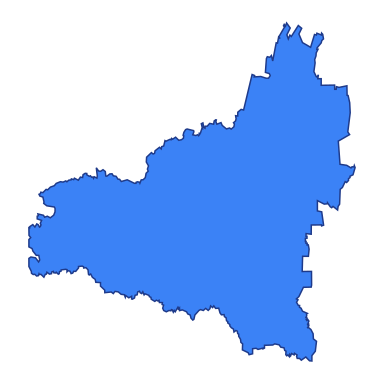 outline of Tlalixcoyan, Veracruz, Mexico
{"feature_id": "50627088B62084484750594", "entity_name": "Tlalixcoyan", "entity_type": "district", "adm_level": 2, "iso_a3": "MEX", "parent_name": "Mexico", "parent_adm1": "Veracruz", "projection": "equal_earth", "projection_center": [-96.202, 18.773], "detail": "fine", "context": "isolated", "style": "filled", "palette": "blue", "viewbox_px": 384, "rotation_deg": 0, "n_neighbors": 0, "source": "geoboundaries", "source_scale": "gbopen_adm2", "svg_char_len": 5940}
<svg xmlns="http://www.w3.org/2000/svg" viewBox="0 0 384 384"><path d="M321.6,33.1L321.4,35.0L316.9,33.2L316.4,35.0L314.5,34.5L310.6,47.3L302.5,42.6L298.9,34.0L301.7,28.3L298.3,25.5L291.3,36.5L289.9,35.1L288.3,38.9L286.9,34.8L290.2,28.0L286.6,23.0L285.5,26.1L284.2,24.4L283.5,25.8L284.5,27.1L278.8,36.9L280.2,38.6L278.6,37.1L277.5,43.1L276.2,42.8L272.7,61.0L271.4,55.5L269.8,57.3L267.3,56.7L266.4,58.6L265.4,72.4L269.3,73.6L270.2,75.5L269.9,76.2L268.5,78.2L266.1,78.2L260.8,76.5L254.2,76.9L254.6,75.5L252.1,74.5L243.6,110.0L241.1,109.4L237.8,112.2L237.7,116.0L235.6,115.7L236.1,118.8L235.5,121.0L233.5,122.7L234.4,124.0L233.9,126.8L231.2,129.1L229.6,128.0L226.4,128.9L222.2,125.4L221.0,122.6L216.9,124.2L215.9,121.7L216.3,119.9L215.7,119.8L214.2,120.9L213.6,124.2L209.7,123.4L207.2,126.2L205.2,126.2L205.0,128.2L203.8,127.5L202.9,122.9L201.3,123.7L202.5,128.7L201.9,128.5L200.4,133.1L199.2,133.3L199.7,134.3L198.6,135.7L197.8,134.7L195.8,135.5L192.8,134.8L193.9,131.8L193.6,130.6L187.1,129.0L185.6,129.6L183.9,132.3L183.1,135.3L183.7,135.7L183.4,138.3L181.5,139.7L178.8,140.3L175.6,137.2L172.6,139.2L171.6,138.4L171.0,139.8L170.1,139.3L165.9,141.2L165.0,140.6L163.7,146.0L161.7,146.6L161.2,148.9L159.5,147.3L155.1,150.7L154.5,153.4L153.1,154.0L151.4,152.6L146.6,157.2L146.3,162.0L148.5,165.9L147.4,169.1L148.2,171.2L146.1,173.3L145.3,177.6L143.2,179.7L141.2,179.9L139.9,183.2L139.5,182.2L137.4,181.8L136.1,182.3L136.0,183.3L134.4,183.3L127.2,179.8L121.3,181.5L119.6,179.3L118.0,179.2L116.1,176.3L113.3,175.8L112.1,173.8L109.9,173.9L106.8,176.2L105.8,176.0L105.3,171.5L103.0,169.7L100.6,171.3L98.6,171.0L96.3,167.8L97.3,176.0L96.9,178.1L94.3,176.8L93.5,178.3L93.0,177.0L91.6,177.2L90.4,175.8L89.3,176.3L86.8,174.8L86.8,173.5L85.2,173.3L83.1,174.6L82.6,177.5L80.4,177.1L78.3,180.2L74.4,178.2L73.7,179.6L71.4,178.9L71.2,179.8L68.7,180.2L66.9,181.8L65.8,180.9L63.1,182.1L60.4,181.7L56.2,183.4L54.3,185.7L50.4,187.1L47.7,189.8L46.1,189.4L42.9,192.6L40.8,192.2L40.3,193.7L39.0,194.3L39.9,196.1L42.9,197.1L44.0,202.0L43.7,203.4L46.8,205.8L54.3,207.0L55.1,208.5L55.0,211.9L53.7,215.2L50.3,217.8L47.3,216.2L44.6,217.2L43.5,215.3L37.9,213.9L38.4,215.7L37.2,216.2L37.2,218.9L41.6,220.4L40.3,223.3L41.0,224.9L40.3,226.6L39.5,227.1L38.2,224.7L36.8,223.9L34.9,227.0L32.8,224.6L29.8,226.6L29.7,227.8L28.9,227.6L29.0,235.4L30.7,237.6L28.9,239.5L28.9,246.9L32.1,248.6L32.9,251.1L36.2,255.3L38.8,255.4L39.7,260.0L38.6,261.9L35.5,257.8L30.9,257.0L28.9,258.4L28.9,266.5L31.3,271.3L31.5,273.3L33.2,274.5L34.8,274.3L36.6,276.0L38.3,275.7L39.0,273.8L39.4,274.6L40.9,274.3L43.9,277.2L45.3,274.3L46.4,274.1L46.9,272.2L49.4,274.1L51.5,273.7L51.8,271.9L53.4,271.4L53.8,272.8L55.7,273.0L56.2,272.2L58.3,274.2L59.2,273.7L59.5,271.6L61.0,271.2L61.2,269.9L65.6,269.3L67.0,269.6L67.0,271.8L68.0,270.7L70.0,271.2L71.1,273.6L72.7,273.1L73.7,271.3L75.7,271.4L78.5,268.0L78.5,266.5L82.2,266.1L83.6,266.8L83.7,268.0L86.0,267.7L88.0,269.8L88.5,274.3L89.2,275.0L90.7,274.0L92.4,277.3L95.2,279.4L95.8,282.3L100.5,282.6L100.5,286.1L104.7,290.1L104.8,292.7L111.2,292.0L113.3,293.6L115.0,291.4L118.3,291.9L121.1,294.3L124.3,294.7L125.3,297.3L125.8,295.6L128.8,297.8L131.6,296.3L131.6,299.0L132.4,299.2L134.5,298.0L135.1,295.3L137.2,294.8L137.7,291.9L139.5,291.2L140.2,292.8L141.7,293.6L142.8,291.8L144.1,294.9L145.0,293.8L149.0,295.4L149.4,296.7L150.9,297.3L151.2,299.2L154.8,301.4L156.3,300.2L158.0,301.0L159.0,300.3L159.4,302.5L162.4,302.6L162.1,304.5L163.6,305.1L162.7,308.2L163.7,310.5L166.3,311.8L169.0,310.5L170.9,310.8L171.4,309.6L172.3,309.9L173.3,312.2L174.2,310.4L175.2,311.8L178.0,307.1L178.8,308.2L178.3,310.0L179.5,308.2L179.6,310.6L182.3,309.9L186.6,311.8L187.7,313.9L190.2,315.0L191.0,318.2L192.8,320.1L193.9,319.3L194.9,315.0L199.0,310.4L200.6,309.6L203.3,310.5L205.7,308.4L208.2,310.4L209.9,308.7L210.6,305.9L212.6,307.6L213.8,305.9L215.6,308.4L218.7,308.2L220.0,312.9L221.4,314.8L224.1,314.6L224.4,316.6L226.1,317.8L226.5,320.7L227.8,321.7L227.7,322.9L229.8,324.5L229.9,326.0L231.4,327.8L233.4,329.0L234.0,332.0L235.9,330.5L237.3,331.2L237.7,333.6L238.7,334.1L238.7,336.3L240.5,339.3L240.9,342.4L242.6,343.8L242.4,349.9L248.2,352.7L249.1,354.7L252.6,353.8L252.6,348.7L256.1,348.3L258.0,349.4L263.1,348.1L263.1,348.8L264.5,348.1L264.5,345.3L272.8,345.0L274.7,343.9L279.1,344.8L280.8,347.2L284.0,347.8L284.7,350.4L286.0,351.2L285.8,354.7L286.8,355.8L287.9,354.9L289.3,356.6L289.7,354.5L290.6,355.9L291.5,353.5L294.1,354.9L294.5,353.3L297.1,355.0L296.6,356.3L297.2,358.4L299.6,358.5L301.3,360.2L305.8,357.0L309.5,360.8L311.9,361.0L311.9,355.6L315.3,351.3L316.5,341.3L313.4,338.9L313.1,333.7L310.9,329.5L308.3,327.4L307.2,328.0L308.8,325.9L307.9,325.0L308.5,324.8L307.9,324.1L308.6,323.8L308.1,323.1L308.9,321.1L307.8,319.5L306.9,320.5L306.3,319.7L307.1,319.4L306.8,317.6L305.9,317.6L306.7,315.7L306.5,314.0L307.4,313.4L302.5,311.2L301.1,308.2L299.5,307.3L299.6,305.5L298.3,305.4L296.5,302.2L298.0,299.8L296.4,298.9L298.9,296.6L303.4,287.3L311.2,287.1L311.6,285.1L311.5,271.4L302.2,271.5L302.6,256.3L308.4,256.3L309.1,249.2L308.3,244.9L307.1,244.9L307.2,243.2L305.9,243.1L306.1,241.5L305.4,241.5L305.4,238.3L307.0,238.2L307.0,236.3L306.0,236.3L306.1,233.6L311.2,234.2L311.3,225.0L321.4,224.9L321.6,225.9L323.6,225.2L321.7,211.8L317.4,210.9L317.4,200.6L324.2,204.1L327.4,203.8L327.5,202.8L330.3,206.8L331.7,207.7L333.0,206.4L337.6,210.0L338.1,206.4L339.6,204.2L340.2,189.3L342.4,187.5L345.2,181.6L346.6,182.5L348.5,180.5L348.5,178.7L350.0,177.6L350.0,176.2L353.0,174.8L355.1,167.6L354.3,165.5L353.9,166.9L352.0,166.8L351.0,167.9L346.7,165.3L340.0,164.3L338.3,141.1L349.6,134.6L347.8,131.9L350.2,112.7L349.7,102.7L348.1,95.5L347.1,95.3L346.9,85.8L339.0,87.4L336.5,86.7L336.2,89.3L334.7,89.3L334.6,85.1L321.2,85.3L321.2,78.7L317.8,78.7L318.4,74.8L317.1,77.0L316.3,76.7L313.9,71.6L315.1,62.9L314.7,59.6L316.0,55.9L316.2,52.9L318.0,49.3L316.8,49.3L317.1,47.8L321.2,42.9L321.8,40.5L323.5,38.9L322.7,34.3L321.6,33.1Z" fill="#3b82f6" stroke="#1e3a8a" stroke-width="1.5"/></svg>